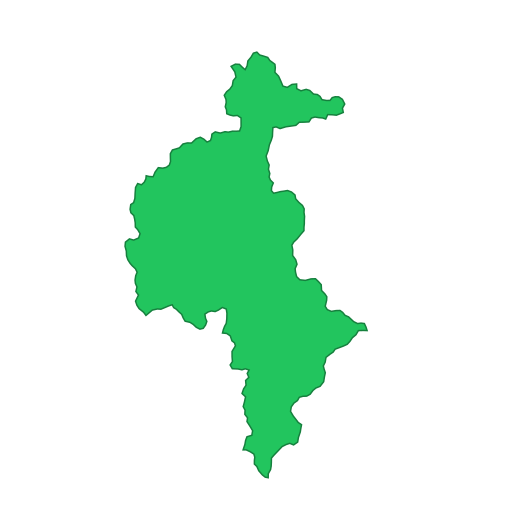 the district of Ubá, Minas Gerais, Brazil, rotated 214°
{"feature_id": "56859067B43020372139426", "entity_name": "Ubá", "entity_type": "district", "adm_level": 2, "iso_a3": "BRA", "parent_name": "Brazil", "parent_adm1": "Minas Gerais", "projection": "mercator", "projection_center": [-42.971, -21.111], "detail": "fine", "context": "isolated", "style": "filled", "palette": "green", "viewbox_px": 512, "rotation_deg": 214, "n_neighbors": 0, "source": "geoboundaries", "source_scale": "gbopen_adm2", "svg_char_len": 4268}
<svg xmlns="http://www.w3.org/2000/svg" viewBox="0 0 512 512"><g transform="rotate(214 256 256)"><path d="M380.4,403.5L382.7,399.3L376.5,396.8L372.6,393.1L373.0,388.6L370.9,384.0L371.0,379.8L372.2,375.8L372.2,371.5L368.4,369.0L366.5,366.5L364.9,362.5L362.2,360.7L359.8,357.6L356.4,358.3L353.2,359.5L350.0,362.1L345.6,362.1L343.0,358.3L340.7,354.9L339.5,350.5L342.0,348.5L345.2,346.4L348.2,343.2L351.2,341.7L354.4,337.9L359.2,336.1L360.7,332.4L359.2,329.5L358.3,326.3L360.3,323.1L364.5,323.7L368.6,323.3L371.2,319.7L372.6,313.6L376.2,311.3L379.2,308.0L380.0,302.8L382.4,299.8L384.6,297.2L384.2,292.9L381.7,289.3L379.7,286.5L378.7,282.9L379.9,279.4L382.4,276.7L386.4,274.6L386.6,269.2L385.6,264.2L389.0,262.2L391.9,261.1L390.4,258.3L389.9,254.6L390.8,251.0L394.6,249.9L394.2,245.5L391.4,240.6L388.6,236.0L387.3,231.8L388.6,228.6L386.5,224.3L383.9,221.9L379.9,221.2L377.2,218.7L374.7,216.0L372.2,212.5L368.8,211.7L364.6,209.7L363.4,205.3L366.3,200.8L370.5,199.4L372.0,194.5L370.0,190.8L366.3,187.6L363.4,183.7L360.1,181.2L356.2,179.5L353.2,178.7L348.8,178.0L345.5,176.1L344.7,172.4L342.8,168.4L340.7,165.9L337.4,163.8L335.7,159.4L331.6,157.9L330.6,151.2L327.2,148.6L323.5,147.0L317.7,146.5L314.0,145.2L311.7,153.2L308.2,156.9L305.1,158.7L302.6,162.5L300.4,165.9L298.2,168.7L295.4,167.2L292.2,167.3L288.7,166.6L285.0,166.1L281.8,164.0L278.3,162.3L273.6,164.1L269.9,164.2L265.7,163.5L261.6,164.0L259.3,166.5L259.2,170.6L260.2,174.3L262.9,176.0L265.9,179.2L264.3,183.0L262.2,185.5L258.8,187.1L257.0,190.0L255.1,194.5L251.0,195.4L248.1,192.3L245.1,187.6L243.0,183.5L242.7,180.1L241.9,176.7L240.7,173.4L237.0,175.4L232.7,175.4L228.5,172.2L225.3,172.0L222.8,170.0L222.5,163.5L219.5,159.1L216.5,155.3L216.5,151.2L212.6,149.3L207.7,152.3L204.0,153.8L201.8,156.5L198.0,157.6L197.6,153.7L194.1,151.4L195.0,147.0L192.0,143.3L192.0,139.0L190.7,134.2L185.9,133.4L183.9,128.4L182.4,124.0L178.9,122.1L176.7,118.5L172.5,117.1L170.9,113.7L166.0,111.6L161.1,109.3L159.2,105.0L162.4,101.1L161.5,97.3L159.8,93.5L158.3,88.1L155.7,89.8L151.3,90.5L147.0,90.6L144.5,88.5L143.0,85.6L141.0,82.6L137.6,82.0L133.6,79.5L128.4,78.1L124.7,77.8L121.9,79.0L124.1,82.4L124.5,87.1L125.9,90.2L127.8,93.4L130.2,97.1L129.8,100.6L128.9,105.9L127.8,112.6L125.5,116.7L123.2,119.6L119.2,120.4L117.4,125.0L119.4,129.4L120.9,134.9L122.5,138.3L123.9,141.6L127.9,141.6L131.4,142.8L135.7,144.2L140.5,146.5L142.4,150.7L142.3,155.3L140.8,159.3L141.1,163.1L138.7,165.9L135.6,168.2L133.8,171.7L133.6,176.5L132.5,180.1L130.0,183.8L129.6,189.6L131.7,194.1L133.3,198.0L136.4,200.4L138.7,202.5L139.3,206.7L141.3,211.1L139.8,215.8L138.3,219.5L138.3,223.0L136.1,226.1L133.2,230.2L131.0,233.8L130.4,237.7L130.4,242.1L129.1,246.6L129.4,251.4L125.4,254.3L122.2,256.3L125.1,258.6L128.4,260.6L131.4,259.1L134.0,256.8L138.3,256.2L142.0,256.8L145.2,257.3L149.0,256.6L152.6,257.7L155.9,257.8L159.1,255.5L162.6,252.2L166.9,251.4L170.5,253.0L172.7,258.8L174.5,261.8L177.7,263.1L182.4,264.1L185.9,268.7L189.9,269.7L194.0,270.4L197.6,267.8L201.4,263.4L206.3,260.8L210.8,261.6L214.2,264.7L216.5,267.4L217.4,272.1L221.0,275.1L225.9,276.9L228.9,281.6L232.3,285.0L232.5,288.6L231.5,293.1L231.0,298.9L230.4,303.8L232.4,306.8L234.0,309.8L235.8,312.5L237.9,316.0L240.6,319.0L242.4,322.0L245.8,323.9L250.4,324.4L255.1,325.6L257.8,328.4L262.4,328.9L266.5,327.9L269.1,325.4L271.7,323.1L273.9,320.6L276.5,317.9L279.8,318.8L281.6,322.0L282.5,326.2L286.5,327.0L289.3,328.8L290.7,332.1L294.2,334.9L296.0,338.8L299.6,341.0L303.5,344.5L304.8,350.1L307.1,355.7L308.1,360.6L309.3,364.4L311.7,368.3L313.8,371.9L311.5,374.3L307.3,375.1L303.5,379.8L299.3,383.6L296.0,386.6L294.9,391.1L290.8,394.0L287.1,396.8L287.2,401.3L284.8,404.2L281.3,405.8L278.0,407.7L274.8,408.5L275.6,413.3L271.8,415.7L268.1,417.7L265.9,420.8L263.9,423.8L267.0,426.9L267.4,431.6L272.0,434.2L276.4,434.2L279.4,432.3L281.4,429.9L281.6,426.4L284.6,424.3L288.7,422.5L292.2,424.1L295.4,424.2L298.9,422.4L304.0,423.3L307.6,422.2L311.1,418.1L315.8,417.5L318.5,421.3L322.1,418.4L324.4,413.3L328.7,411.9L333.1,414.8L337.8,417.7L343.0,418.8L345.3,422.9L347.5,425.5L350.7,425.7L353.9,425.8L357.3,427.2L361.4,426.0L365.4,424.7L369.3,425.5L371.6,422.7L371.3,418.1L371.8,413.2L369.7,408.7L369.2,404.4L372.7,404.8L376.9,405.6L380.4,403.5Z" fill="#22c55e" stroke="#15803d" stroke-width="1.5"/></g></svg>